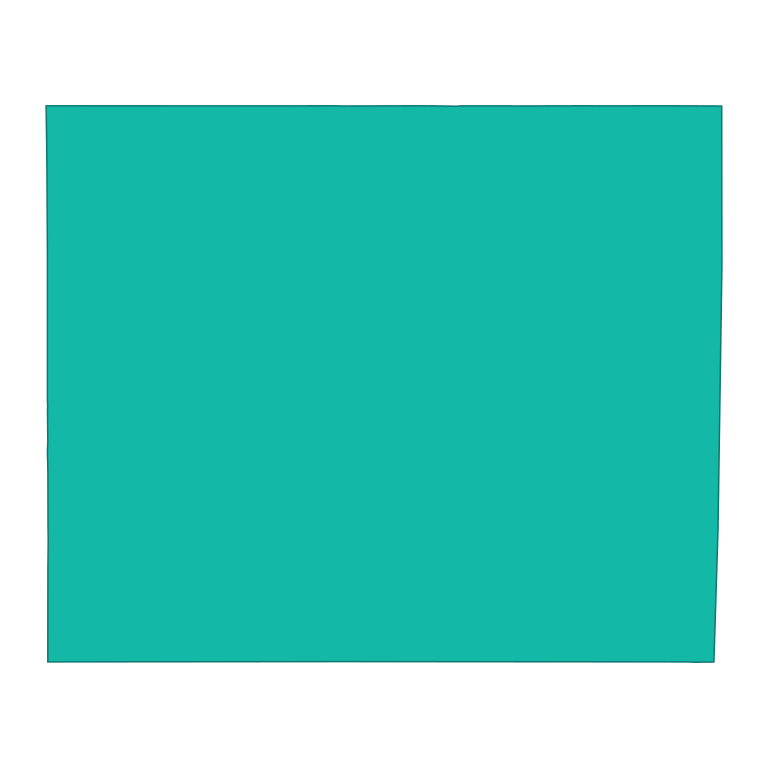 Harding, South Dakota, United States of America
{"feature_id": "52423323B85259623933705", "entity_name": "Harding", "entity_type": "district", "adm_level": 2, "iso_a3": "USA", "parent_name": "United States of America", "parent_adm1": "South Dakota", "projection": "robinson", "projection_center": [-103.51, 45.579], "detail": "fine", "context": "isolated", "style": "filled", "palette": "teal", "viewbox_px": 768, "rotation_deg": 0, "n_neighbors": 0, "source": "geoboundaries", "source_scale": "gbopen_adm2", "svg_char_len": 691}
<svg xmlns="http://www.w3.org/2000/svg" viewBox="0 0 768 768"><path d="M688.9,105.9L670.3,105.8L657.0,105.8L638.2,105.8L626.3,105.9L599.9,105.9L587.5,105.8L557.2,105.9L552.5,105.9L512.3,106.0L512.2,105.9L460.2,105.9L456.3,106.2L434.4,105.9L430.2,105.9L421.5,105.8L419.9,105.8L344.1,106.0L332.9,105.8L281.6,105.9L276.9,105.9L46.1,105.8L46.8,153.9L46.8,161.5L46.9,164.2L47.4,254.1L47.4,400.0L47.6,405.4L47.5,414.2L47.8,441.4L47.7,443.9L47.4,450.9L47.9,472.2L48.0,524.8L48.2,539.4L48.0,561.4L47.9,568.5L47.8,661.9L341.6,661.6L687.3,661.9L695.2,662.2L713.9,662.0L718.0,530.2L721.9,267.2L721.7,106.0L692.4,105.9L689.1,105.9L688.9,105.9Z" fill="#14b8a6" stroke="#0f766e" stroke-width="1.5"/></svg>